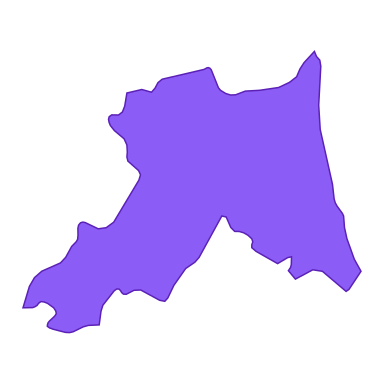 outline of Ravenna
{"feature_id": "ITA-5364", "entity_name": "Ravenna", "entity_type": "Province", "adm_level": 1, "iso_a3": "ITA", "parent_name": "Italy", "parent_adm1": "", "projection": "orthographic", "projection_center": [11.905, 44.374], "detail": "fine", "context": "isolated", "style": "filled", "palette": "violet", "viewbox_px": 384, "rotation_deg": 0, "n_neighbors": 0, "source": "natural_earth", "source_scale": "10m", "svg_char_len": 1755}
<svg xmlns="http://www.w3.org/2000/svg" viewBox="0 0 384 384"><path d="M314.4,51.4L316.5,56.5L319.8,60.2L320.8,66.2L318.7,105.1L320.2,129.4L332.5,184.4L334.1,198.7L335.2,202.7L337.0,206.0L342.4,213.4L343.6,216.0L344.5,227.6L346.9,238.6L354.3,259.2L361.0,271.3L349.0,289.4L346.1,291.4L322.4,271.3L312.8,269.8L295.4,279.1L288.4,270.7L290.5,267.5L291.3,264.7L291.5,256.8L287.7,257.6L277.6,263.6L256.1,251.4L251.8,247.7L251.8,244.7L252.8,241.9L251.8,238.8L247.9,235.2L243.7,232.8L239.3,231.5L234.7,231.4L230.8,227.5L226.2,217.0L221.8,216.0L199.1,257.4L194.9,262.2L185.7,268.5L173.9,285.3L167.8,298.0L164.8,301.3L159.7,300.3L140.7,290.0L134.0,290.3L126.2,294.3L123.4,294.1L121.7,292.6L120.5,290.6L119.1,289.1L116.7,289.0L114.2,290.8L102.9,305.2L101.0,311.3L99.2,324.9L88.3,325.4L83.1,326.9L73.1,331.8L69.5,332.6L65.5,332.4L53.3,329.3L49.5,327.9L47.3,326.3L47.5,324.5L48.1,322.7L49.4,321.1L54.3,316.5L55.5,315.0L56.3,313.4L55.7,310.9L53.7,307.8L47.5,303.3L43.8,301.9L41.0,301.6L39.4,302.6L38.2,303.8L37.1,305.4L34.8,306.8L32.8,307.6L23.0,307.8L29.4,286.4L34.5,277.6L41.8,271.2L60.5,262.9L65.7,257.3L71.7,246.4L76.1,241.9L77.6,239.4L78.0,235.3L77.9,228.3L78.6,225.1L80.5,222.8L82.7,222.1L85.1,222.5L98.2,228.8L106.2,227.7L113.7,222.2L138.9,180.1L140.5,174.8L138.6,170.6L127.9,161.1L126.9,157.0L127.3,152.1L126.9,145.0L124.1,138.8L114.4,130.6L110.4,125.6L109.1,122.4L108.5,119.3L109.2,116.7L111.7,114.9L118.5,115.0L122.4,112.0L124.7,106.2L126.9,93.0L141.8,89.5L151.5,92.2L155.0,88.2L158.0,82.6L162.2,79.2L204.1,69.4L207.0,67.8L208.4,67.6L210.0,68.3L211.3,69.9L218.4,87.7L220.5,90.3L225.7,93.5L230.6,95.0L235.6,94.8L245.3,91.1L259.6,90.3L278.6,87.5L289.4,82.4L296.6,76.8L300.0,68.9L304.1,62.6L314.4,51.4Z" fill="#8b5cf6" stroke="#5b21b6" stroke-width="1.5"/></svg>